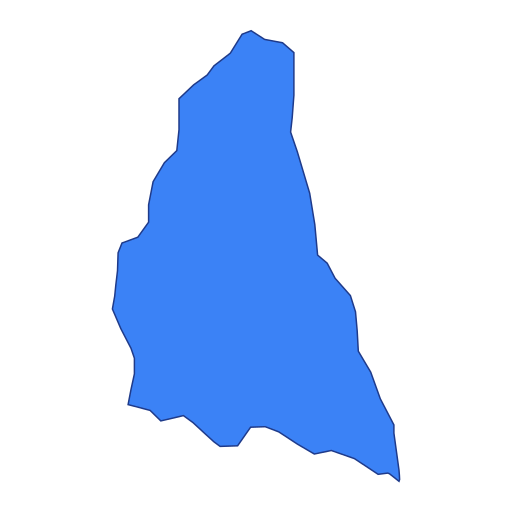 Ordubad District, Ordubad, Azerbaijan
{"feature_id": "54616110B24607032839399", "entity_name": "Ordubad District", "entity_type": "district", "adm_level": 2, "iso_a3": "AZE", "parent_name": "Azerbaijan", "parent_adm1": "Ordubad", "projection": "equal_earth", "projection_center": [45.94, 39.075], "detail": "fine", "context": "isolated", "style": "filled", "palette": "blue", "viewbox_px": 512, "rotation_deg": 0, "n_neighbors": 0, "source": "geoboundaries", "source_scale": "gbopen_adm2", "svg_char_len": 1006}
<svg xmlns="http://www.w3.org/2000/svg" viewBox="0 0 512 512"><path d="M128.3,403.5L128.1,404.6L150.1,410.4L160.8,420.9L183.4,415.6L193.0,422.6L204.9,433.6L213.9,441.8L220.1,446.4L237.6,445.8L250.6,427.2L265.2,426.7L278.8,431.9L297.4,444.1L314.3,454.0L331.3,450.5L354.4,458.6L378.1,474.3L387.7,473.1L389.4,473.7L399.0,481.3L399.6,479.5L399.4,475.3L399.0,470.2L393.9,433.1L393.9,424.9L380.3,398.8L370.7,372.1L358.3,351.2L357.2,331.0L355.5,311.8L350.4,295.6L335.1,278.3L327.2,263.2L317.6,255.1L314.8,224.5L309.7,193.3L297.3,151.7L290.6,132.1L292.2,117.7L293.9,95.2L293.9,83.7L293.9,69.9L293.9,52.6L282.6,42.8L264.6,39.4L251.1,30.7L250.7,30.9L242.1,34.2L230.3,53.2L214.0,65.8L207.2,75.0L193.7,84.8L179.0,98.7L179.0,109.6L179.0,129.8L176.8,150.6L164.4,162.7L153.1,181.7L148.6,204.8L148.6,222.2L137.8,237.2L122.0,243.0L118.1,252.8L117.5,270.8L115.8,285.2L114.7,296.2L112.4,309.0L120.8,328.6L131.0,348.3L134.4,358.2L134.4,373.9L131.0,389.5L128.3,403.5Z" fill="#3b82f6" stroke="#1e3a8a" stroke-width="1.5"/></svg>